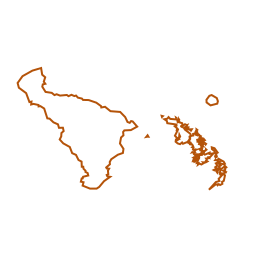 Tojo Una-Una, Sulawesi Tengah, Indonesia, rotated 74°
{"feature_id": "22746128B20933115656615", "entity_name": "Tojo Una-Una", "entity_type": "district", "adm_level": 2, "iso_a3": "IDN", "parent_name": "Indonesia", "parent_adm1": "Sulawesi Tengah", "projection": "natural_earth1", "projection_center": [121.803, -0.873], "detail": "fine", "context": "isolated", "style": "outline", "palette": "amber", "viewbox_px": 256, "rotation_deg": 74, "n_neighbors": 0, "source": "geoboundaries", "source_scale": "gbopen_adm2", "svg_char_len": 5778}
<svg xmlns="http://www.w3.org/2000/svg" viewBox="0 0 256 256"><g transform="rotate(74 128 128)"><path d="M150.6,139.8L146.8,138.1L140.7,140.0L135.2,137.3L133.8,134.4L130.5,133.8L129.3,132.2L130.8,125.8L129.2,118.8L123.0,121.7L122.2,123.1L123.5,124.9L122.1,126.8L116.7,127.7L110.4,131.1L107.0,140.2L101.3,144.2L100.9,148.0L99.5,147.9L94.9,151.5L90.3,158.1L88.6,163.5L87.0,164.2L85.0,167.8L82.5,169.0L82.5,170.8L80.5,173.2L81.0,176.4L79.4,177.7L78.1,184.4L75.9,187.3L76.1,189.6L73.2,191.6L70.6,197.3L64.7,199.0L62.6,197.9L62.7,195.3L60.3,196.2L56.4,193.6L53.1,195.8L46.4,195.0L46.5,204.1L49.1,215.1L54.3,221.7L59.2,221.8L66.4,216.3L75.9,215.6L76.0,213.5L78.7,214.6L78.8,212.2L81.2,207.7L82.6,208.0L82.8,206.2L86.2,203.2L96.5,202.9L97.4,200.8L102.0,198.1L105.2,194.3L108.8,194.3L109.8,190.5L113.2,190.7L114.5,193.4L117.7,194.5L120.2,196.8L124.9,194.5L130.2,189.2L136.8,188.6L139.5,185.4L145.1,184.4L147.5,181.9L152.5,183.1L152.9,181.7L154.9,182.0L157.4,180.6L158.5,181.0L160.2,179.2L162.7,179.3L162.5,184.6L163.9,185.4L163.7,186.4L166.6,188.1L167.9,185.7L170.9,187.5L175.8,181.2L177.6,174.8L176.7,171.9L172.5,165.7L170.0,158.6L168.7,161.2L167.3,161.4L167.0,159.7L163.4,159.0L161.9,157.4L161.0,159.6L159.9,159.8L157.9,155.4L155.6,154.9L153.4,152.7L150.9,145.1L150.6,139.8ZM150.7,69.7L145.3,73.7L144.0,74.1L143.7,73.1L143.2,74.6L142.7,71.4L141.6,70.4L141.8,71.6L141.4,70.7L140.1,72.2L141.6,76.1L141.1,76.5L140.9,76.4L140.7,76.3L140.0,74.6L138.3,74.6L136.4,77.6L133.4,77.4L134.8,78.5L133.4,78.4L130.9,84.9L128.7,86.0L129.9,87.7L129.6,90.6L132.0,88.7L134.2,88.9L138.0,80.5L139.1,80.7L139.3,82.5L142.0,80.8L143.0,81.4L142.9,80.4L143.2,80.3L148.4,85.0L151.8,83.3L151.1,81.5L148.7,80.5L150.5,80.2L152.9,82.6L153.4,84.3L152.7,85.3L154.3,86.0L156.5,84.5L157.9,82.4L156.8,80.0L158.3,79.5L157.7,73.8L157.3,73.9L155.5,71.6L153.2,71.2L153.0,70.6L152.5,69.7L150.7,69.7ZM162.3,59.9L159.1,59.2L159.5,59.5L158.5,60.4L159.6,61.6L160.4,60.8L160.7,61.4L161.2,60.2L161.0,62.1L162.5,61.4L162.0,62.1L163.5,62.7L163.1,63.9L162.1,62.9L162.4,64.6L161.4,62.6L161.1,64.1L160.8,63.0L160.3,64.0L159.6,63.2L160.1,64.9L158.4,64.7L158.5,62.5L157.5,62.3L157.6,60.6L157.0,61.5L155.7,61.2L156.7,61.0L156.0,60.2L152.8,63.2L154.1,63.4L153.0,64.9L151.7,64.6L151.6,67.0L153.2,67.4L152.9,69.5L154.1,71.1L155.6,71.2L157.8,73.4L159.3,71.8L161.1,72.1L161.6,70.8L163.6,70.4L164.2,71.6L165.0,70.5L166.6,71.5L167.3,70.5L167.8,71.1L167.1,69.2L167.6,68.2L168.0,70.6L169.6,70.2L169.5,71.4L171.1,71.7L172.6,71.1L173.0,69.8L171.8,70.2L172.4,68.6L173.3,69.4L174.0,68.0L172.8,66.9L173.1,62.1L171.0,60.8L171.0,63.8L168.7,62.6L169.4,64.2L167.9,65.3L167.8,63.6L166.4,62.4L164.4,62.9L165.7,61.1L163.6,62.0L163.2,61.4L164.4,61.1L163.6,61.2L163.3,59.3L162.3,59.9ZM178.6,57.2L175.9,52.8L175.4,56.7L174.2,56.3L174.8,61.5L173.3,62.8L173.4,64.2L174.2,64.3L173.9,67.3L175.8,67.8L173.5,69.5L175.2,70.2L175.3,71.2L175.3,72.0L175.9,71.6L176.1,73.5L177.2,74.3L176.8,71.9L178.4,72.7L177.8,70.7L176.7,70.4L176.9,68.4L180.7,71.5L181.0,69.9L182.5,70.8L181.9,69.2L183.3,67.5L182.6,64.8L181.7,65.3L182.5,63.0L182.0,60.8L181.1,61.6L181.8,63.0L179.8,60.8L178.9,61.2L179.2,59.3L178.0,59.2L178.7,59.0L179.0,58.5L178.3,58.7L178.6,57.2ZM192.9,44.3L191.3,45.2L193.6,50.7L196.7,52.1L197.4,50.5L198.2,52.1L199.3,50.7L201.9,54.9L204.1,54.7L204.2,58.5L209.6,67.2L206.5,59.6L206.7,57.8L207.7,57.6L207.0,56.2L208.2,55.2L207.7,52.7L205.7,52.4L205.2,50.5L200.2,47.8L198.2,49.4L197.1,46.2L195.2,48.3L195.0,46.1L193.5,45.8L192.9,44.3ZM127.0,34.2L123.7,34.4L119.4,38.5L119.5,40.9L122.5,44.8L125.1,45.4L129.0,42.4L129.2,35.5L127.0,34.2ZM189.2,44.7L186.7,45.3L182.5,49.5L183.9,51.3L185.6,49.4L186.2,53.3L188.8,52.4L189.7,54.9L192.6,53.5L191.5,55.0L191.9,55.6L193.8,53.5L192.7,52.3L191.6,52.9L191.9,50.7L190.0,51.2L189.6,49.3L187.5,50.5L187.0,49.7L189.5,45.8L189.2,44.7ZM176.3,48.6L171.3,50.4L169.7,52.8L171.4,53.1L174.2,51.1L175.7,51.7L176.8,50.2L176.3,48.6ZM180.5,51.9L180.1,50.5L178.8,50.5L179.1,52.1L180.5,51.9ZM146.3,69.1L147.9,68.2L146.8,67.0L146.3,69.1ZM153.4,62.2L150.8,62.9L151.0,64.1L152.2,63.7L153.4,62.2ZM152.8,82.5L151.6,84.0L152.5,84.8L153.1,84.3L152.8,82.5ZM142.0,110.8L140.4,111.2L141.6,112.9L141.7,111.7L142.0,110.8ZM145.7,70.8L144.3,71.2L144.2,72.0L144.8,72.4L145.7,70.8ZM150.7,63.4L150.1,62.6L149.5,63.4L150.0,63.9L150.7,63.4ZM125.6,92.3L126.7,92.3L126.2,91.3L125.6,92.3ZM183.4,51.6L182.6,52.6L182.9,53.0L183.4,51.6ZM158.9,74.0L157.9,73.6L158.4,74.6L158.9,74.0ZM143.8,70.4L144.6,70.0L144.0,69.7L143.8,70.4ZM161.1,58.5L160.9,57.5L160.1,57.9L161.1,58.5ZM175.2,70.5L174.3,70.8L174.1,71.3L174.4,70.9L175.0,71.6L175.2,70.5ZM192.4,56.8L191.8,56.1L192.0,57.2L192.4,56.8ZM164.3,57.7L165.1,57.7L164.8,57.3L164.3,57.7ZM170.0,58.9L170.7,59.1L170.5,58.6L170.0,58.9ZM169.0,72.7L168.4,72.1L169.0,72.9L169.0,72.7ZM148.7,62.6L148.6,62.2L148.2,62.5L148.7,62.6ZM168.6,64.1L169.0,64.3L169.0,63.8L168.6,64.1ZM164.5,60.5L164.5,60.1L163.9,60.4L164.5,60.5ZM176.8,51.0L176.7,50.5L176.5,51.0L176.8,51.0ZM195.1,54.6L195.7,54.4L195.4,54.1L195.1,54.6ZM160.2,73.0L160.0,72.5L159.7,73.0L160.2,73.0ZM141.3,76.2L140.8,76.3L141.2,76.3L141.3,76.2ZM174.6,71.5L174.3,71.5L174.7,72.3L174.6,71.5ZM165.9,61.3L166.3,60.8L165.9,61.3L165.9,61.3ZM170.0,71.9L169.7,71.5L169.5,71.9L170.0,71.9ZM160.4,61.4L160.0,61.3L160.2,61.9L160.4,61.4ZM174.6,72.5L174.1,72.0L174.4,72.9L174.6,72.5ZM177.5,69.5L177.3,69.0L177.3,69.6L177.5,69.5ZM197.7,46.2L197.1,46.0L197.7,46.3L197.7,46.2ZM178.9,72.9L178.6,72.5L178.8,73.1L178.9,72.9ZM134.4,77.0L133.9,76.5L133.7,76.6L134.4,77.0ZM159.2,59.5L158.6,59.4L158.6,59.6L159.2,59.5ZM135.6,77.2L134.7,76.9L135.5,77.3L135.6,77.2ZM154.0,61.4L153.6,61.4L153.3,61.3L153.5,61.5L154.0,61.4ZM135.9,77.0L136.3,76.7L136.3,76.2L135.9,77.0ZM131.4,78.9L131.6,78.9L132.0,78.4L131.4,78.9ZM132.4,77.4L133.0,76.8L132.6,77.1L132.4,77.4Z" fill="none" stroke="#b45309" stroke-width="2"/></g></svg>